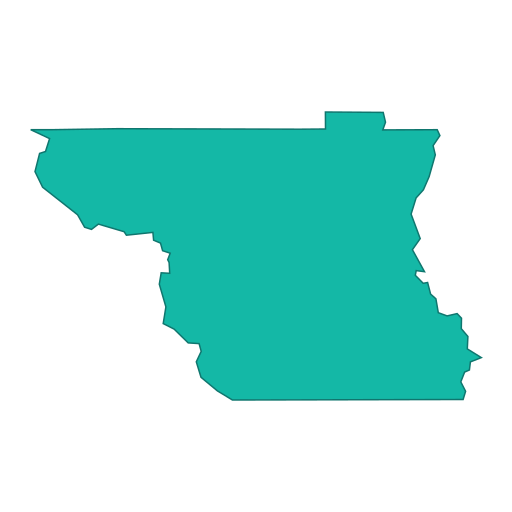 outline of Colusa, California, United States of America
{"feature_id": "52423323B21715725601403", "entity_name": "Colusa", "entity_type": "district", "adm_level": 2, "iso_a3": "USA", "parent_name": "United States of America", "parent_adm1": "California", "projection": "orthographic", "projection_center": [-122.228, 39.169], "detail": "fine", "context": "isolated", "style": "filled", "palette": "teal", "viewbox_px": 512, "rotation_deg": 0, "n_neighbors": 0, "source": "geoboundaries", "source_scale": "gbopen_adm2", "svg_char_len": 984}
<svg xmlns="http://www.w3.org/2000/svg" viewBox="0 0 512 512"><path d="M51.6,129.7L30.7,129.7L49.6,138.6L45.5,151.5L39.6,153.4L35.0,171.6L42.6,187.2L77.6,214.8L84.6,227.2L91.5,229.4L98.4,224.1L124.1,231.7L126.4,235.2L152.9,232.4L153.6,240.2L160.5,243.1L162.6,250.7L170.2,253.2L167.7,259.7L169.1,262.5L169.7,273.3L161.2,272.8L159.3,284.2L165.9,306.9L163.2,323.6L174.1,329.1L188.2,342.9L199.1,343.6L201.2,351.4L196.3,361.8L201.0,377.3L217.4,390.9L232.4,400.0L463.1,399.5L465.6,391.3L460.8,381.9L464.6,372.1L469.4,370.0L470.4,361.9L481.3,357.6L467.3,348.9L467.9,336.5L461.3,328.7L461.5,318.2L457.1,313.6L447.1,315.9L438.3,312.7L435.9,298.8L430.6,294.1L427.6,282.5L423.2,283.3L415.3,275.3L416.2,270.6L424.5,271.7L412.4,249.7L420.2,238.6L411.1,214.1L416.1,197.9L423.4,189.8L429.1,176.7L435.3,154.9L433.1,145.6L439.9,135.6L437.2,129.7L382.8,129.9L385.5,122.2L383.2,112.4L325.4,112.0L325.5,129.0L299.9,129.2L117.3,128.7L51.6,129.7Z" fill="#14b8a6" stroke="#0f766e" stroke-width="1.5"/></svg>